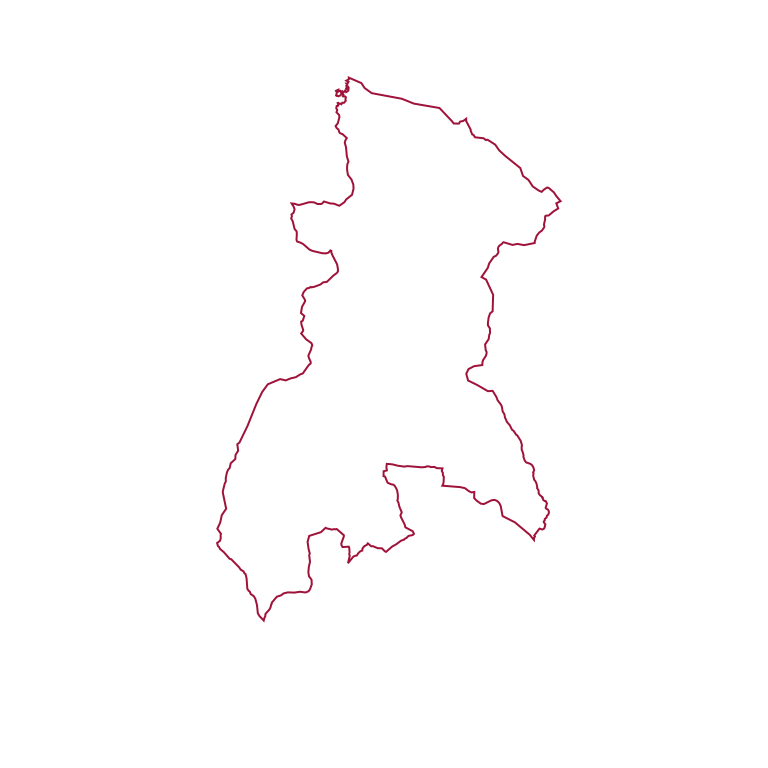 the district of Awutu Senya, Central, Ghana, rotated 37°
{"feature_id": "2480657B19246099956301", "entity_name": "Awutu Senya", "entity_type": "district", "adm_level": 2, "iso_a3": "GHA", "parent_name": "Ghana", "parent_adm1": "Central", "projection": "orthographic", "projection_center": [-0.532, 5.62], "detail": "fine", "context": "isolated", "style": "outline", "palette": "rose", "viewbox_px": 768, "rotation_deg": 37, "n_neighbors": 0, "source": "geoboundaries", "source_scale": "gbopen_adm2", "svg_char_len": 6165}
<svg xmlns="http://www.w3.org/2000/svg" viewBox="0 0 768 768"><g transform="rotate(37 384 384)"><path d="M415.0,131.7L408.5,130.2L404.2,128.7L397.7,128.3L396.1,128.8L394.9,131.9L394.2,135.7L391.0,136.4L383.9,136.7L376.7,134.1L369.8,134.2L362.9,129.5L343.5,128.9L335.4,128.1L328.7,125.9L319.7,126.6L318.4,127.9L315.7,127.8L308.2,132.2L305.5,131.2L304.3,131.6L300.9,129.6L300.0,128.6L291.5,124.6L290.0,122.7L289.0,126.2L286.9,128.6L287.1,131.0L282.8,134.0L280.0,133.2L262.2,130.2L239.1,142.1L226.5,145.5L199.2,159.1L190.4,159.3L184.8,157.3L171.5,160.5L172.5,161.7L171.4,164.4L173.8,164.0L174.0,166.0L173.2,166.6L174.3,166.9L174.4,168.6L175.8,169.3L175.9,170.9L176.4,171.1L177.0,170.4L176.6,168.3L177.3,168.5L178.8,170.8L178.9,171.8L178.1,173.7L176.6,172.9L176.3,173.0L176.3,175.0L175.8,175.4L174.7,175.3L174.5,177.2L172.9,176.0L172.1,176.4L171.8,177.8L171.4,178.1L170.4,176.5L169.2,178.8L171.0,179.6L172.1,182.4L172.8,182.4L173.1,181.9L174.4,181.7L175.5,179.6L175.5,178.2L176.6,177.0L177.6,177.4L177.9,178.9L178.4,178.9L179.7,177.8L181.0,177.9L181.8,179.8L183.0,180.8L182.8,183.5L181.4,184.5L181.6,186.2L180.2,186.4L179.6,187.3L178.2,187.0L177.9,187.5L179.7,188.7L179.8,189.7L178.9,190.4L179.9,192.5L181.8,193.3L182.5,195.6L186.3,196.2L187.8,197.7L190.2,203.6L190.1,207.1L191.9,208.0L194.5,208.2L197.1,210.0L198.3,210.1L200.5,209.4L206.3,210.0L206.5,212.6L207.5,215.0L211.1,217.7L217.4,224.6L221.8,227.8L222.3,230.1L223.5,232.3L225.6,235.1L229.3,238.7L235.0,240.3L239.5,243.2L242.1,246.3L244.6,252.1L242.7,259.4L243.0,262.5L241.0,268.6L235.5,270.1L232.5,272.1L226.2,274.4L226.0,277.0L225.3,278.2L222.5,280.3L219.2,280.9L217.0,282.2L214.6,284.1L209.3,291.2L207.6,292.7L204.3,293.8L201.6,295.4L205.2,296.8L207.4,298.2L208.7,301.6L208.1,304.3L209.5,305.4L210.2,307.6L213.1,308.9L219.3,314.0L222.4,314.7L224.2,316.8L227.4,321.6L228.9,322.5L232.1,321.4L235.1,320.9L243.7,321.5L246.7,320.8L255.8,316.8L259.1,314.6L260.6,312.5L260.8,309.6L261.9,309.4L262.7,310.6L265.5,312.3L274.6,316.7L278.0,319.9L279.5,321.9L279.5,323.8L278.3,327.9L276.9,336.8L274.2,339.5L273.4,342.7L269.9,348.2L268.0,350.4L267.1,350.5L266.6,352.0L264.9,354.1L264.5,358.9L265.4,362.4L270.3,364.4L271.2,365.4L272.1,371.8L275.0,377.3L279.4,377.6L281.0,382.3L280.3,384.0L282.3,386.2L287.1,389.6L287.5,390.8L287.4,393.5L295.0,395.2L301.4,395.0L303.5,396.3L303.9,398.2L304.9,400.1L306.6,407.0L308.9,408.7L312.1,410.4L313.1,411.8L312.5,414.2L312.8,424.4L311.2,427.0L309.5,431.6L306.0,435.8L303.4,440.2L298.1,442.6L291.4,454.1L291.5,463.6L294.1,476.9L300.2,499.5L303.8,517.7L303.1,520.4L307.7,525.1L308.1,530.0L310.4,533.4L309.3,539.6L311.3,543.9L311.1,546.4L311.8,549.2L314.2,554.3L316.4,557.2L316.7,559.3L319.8,566.6L320.9,568.0L333.0,578.6L333.4,586.4L336.6,593.3L338.0,599.9L344.0,601.8L344.3,602.8L346.6,605.7L347.4,607.9L346.4,611.4L348.8,613.3L350.3,613.4L352.3,614.4L357.5,614.7L365.8,616.5L367.5,615.9L378.6,617.6L381.3,618.5L384.7,618.2L386.3,619.1L387.9,619.2L391.1,621.8L398.1,629.8L400.3,630.6L401.8,630.6L404.0,632.0L407.5,631.8L410.4,632.9L415.5,636.9L421.3,643.1L424.3,644.3L430.3,645.3L429.3,643.0L429.0,641.0L427.7,639.0L428.2,632.9L427.7,630.4L426.7,628.4L426.7,627.3L426.0,626.2L426.4,618.4L429.0,614.7L429.8,611.7L432.7,608.2L438.0,604.5L441.9,600.5L446.8,597.7L448.4,595.1L448.5,592.7L446.9,587.5L443.9,583.9L439.8,582.7L436.9,579.9L434.1,575.4L431.9,570.5L427.5,566.0L426.6,563.9L423.1,561.2L417.9,556.0L415.7,550.3L422.8,540.3L423.9,534.0L425.4,533.7L430.2,531.5L431.4,530.0L432.7,529.3L433.3,528.4L433.9,528.3L442.9,528.9L443.7,530.0L445.9,537.1L446.8,538.1L449.0,539.2L453.8,535.1L454.8,535.7L458.0,539.4L458.6,540.8L460.1,541.9L463.1,548.8L463.4,540.3L464.3,538.6L465.5,537.4L465.3,534.4L465.8,531.7L466.9,530.1L465.8,528.3L465.9,525.2L467.1,522.9L467.0,521.0L471.4,521.3L472.8,520.2L477.8,518.9L481.2,516.5L485.5,517.1L486.7,516.8L488.3,509.0L490.2,504.8L491.9,498.9L493.7,496.2L493.8,494.9L494.6,493.5L495.0,490.6L497.8,487.4L498.1,485.6L495.5,484.3L487.3,485.6L485.1,483.8L478.0,480.3L476.2,479.1L475.4,475.8L470.2,472.8L466.6,469.8L464.8,469.1L464.2,467.5L461.7,464.1L458.4,461.0L455.7,459.6L453.1,458.7L451.7,458.9L450.3,459.7L446.3,460.7L440.5,457.3L439.1,457.9L436.2,453.9L438.3,451.3L436.0,449.0L434.3,446.1L439.1,443.1L443.9,441.1L449.7,437.9L452.4,435.3L464.3,427.8L467.1,425.3L467.9,423.8L470.3,422.4L471.4,422.2L474.3,419.8L476.7,419.5L481.5,416.2L482.5,418.7L484.4,419.5L486.0,421.4L487.6,422.1L490.5,426.3L491.6,428.5L491.8,430.1L506.9,420.5L511.3,418.5L516.2,418.5L519.0,418.0L521.1,415.9L524.6,420.8L528.0,421.4L533.3,421.3L536.0,419.8L539.9,412.1L542.1,410.0L544.7,409.3L547.7,409.7L550.5,411.1L558.2,418.1L571.8,415.7L591.2,416.7L597.6,418.3L596.4,416.5L596.4,415.0L595.2,414.6L595.2,405.9L598.0,404.9L598.8,403.4L598.7,402.2L597.3,398.9L595.2,398.4L594.3,397.7L594.5,396.4L593.6,395.0L594.2,392.9L593.4,391.2L593.8,389.6L593.2,387.6L592.2,386.4L590.6,385.7L588.4,385.9L587.6,385.6L586.0,381.3L583.6,380.2L582.9,380.7L581.0,380.8L579.1,379.2L578.5,379.5L578.2,379.0L575.2,378.9L573.3,378.2L571.6,376.0L568.9,375.0L568.4,374.1L565.8,371.8L563.4,370.5L561.4,370.0L558.2,367.3L557.3,365.4L556.4,365.0L555.8,362.5L553.2,360.5L550.9,359.7L548.9,359.7L544.6,361.1L542.2,360.3L539.1,358.2L538.2,356.8L535.6,354.8L533.4,353.5L531.5,351.0L531.2,350.0L527.5,347.2L521.3,344.8L520.1,345.0L516.1,343.5L513.6,343.4L509.2,341.2L505.3,340.4L500.9,338.0L498.2,335.6L495.4,334.6L491.9,331.3L490.1,330.2L484.5,328.6L481.5,326.7L474.9,324.1L471.3,327.2L458.5,328.8L449.1,330.6L443.6,326.4L442.5,321.3L445.2,315.6L451.1,309.7L449.3,307.0L448.7,304.8L448.4,300.2L447.7,298.2L446.7,296.7L444.8,295.7L440.9,291.5L440.6,285.2L438.5,281.4L438.0,279.4L435.0,275.8L431.7,274.6L430.1,272.5L427.6,268.0L426.2,263.8L427.0,260.6L417.5,247.1L402.8,239.2L397.5,239.9L397.0,228.8L395.4,224.3L395.1,216.4L396.3,214.2L396.4,211.2L395.9,209.6L393.7,207.6L392.9,205.8L392.9,204.0L393.8,201.3L393.9,199.5L394.2,198.8L402.9,195.6L406.3,191.8L412.3,188.8L419.5,180.7L418.7,179.6L416.7,173.6L416.8,169.6L417.8,166.5L417.6,162.5L417.2,161.6L415.8,160.4L413.6,155.6L411.9,153.3L411.8,152.4L414.1,150.3L415.6,143.8L417.5,139.0L412.9,136.0L415.0,131.7Z" fill="none" stroke="#9f1239" stroke-width="2"/></g></svg>